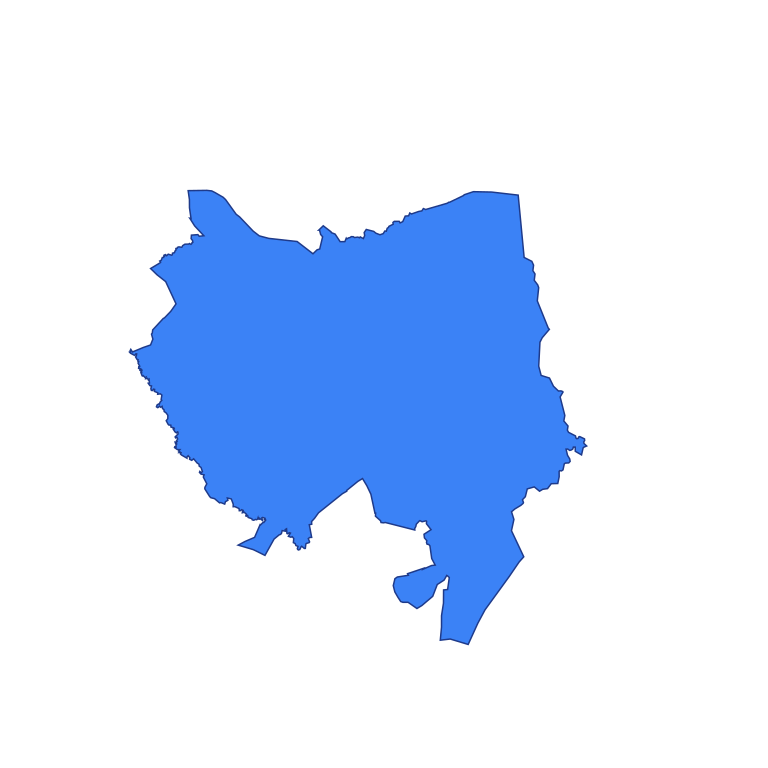 Pilskalnes pag., Ilukstes, Latvia, rotated 59°
{"feature_id": "27541924B27869774181069", "entity_name": "Pilskalnes pag.", "entity_type": "district", "adm_level": 2, "iso_a3": "LVA", "parent_name": "Latvia", "parent_adm1": "Ilukstes", "projection": "mercator", "projection_center": [26.24, 56.006], "detail": "fine", "context": "isolated", "style": "filled", "palette": "blue", "viewbox_px": 768, "rotation_deg": 59, "n_neighbors": 0, "source": "geoboundaries", "source_scale": "gbopen_adm2", "svg_char_len": 6170}
<svg xmlns="http://www.w3.org/2000/svg" viewBox="0 0 768 768"><g transform="rotate(59 384 384)"><path d="M223.9,583.2L224.8,584.6L225.8,584.8L225.6,585.7L227.1,585.4L230.8,583.2L230.9,581.3L230.4,581.0L230.8,580.5L232.5,582.0L232.8,583.0L235.9,583.0L236.5,582.3L237.5,583.2L239.0,582.5L238.4,583.2L239.6,584.1L243.0,584.2L243.3,584.6L242.9,585.3L244.2,586.3L245.3,585.2L246.1,585.9L246.5,585.1L246.1,584.6L246.8,584.3L247.6,584.5L247.4,585.8L248.5,585.4L249.2,585.7L248.7,586.2L248.9,586.5L252.4,587.1L252.9,586.7L252.8,586.1L255.6,585.4L255.6,584.5L256.7,585.6L257.4,583.8L259.1,583.9L258.9,582.9L262.3,584.5L261.9,585.7L264.8,585.5L265.9,584.3L268.0,586.3L269.7,586.7L270.4,585.7L269.7,584.2L270.5,583.4L272.1,584.6L275.0,582.4L276.2,583.3L277.3,580.7L279.1,580.1L282.5,583.0L283.5,582.9L284.1,585.0L285.5,587.0L285.1,587.1L285.0,589.1L286.3,590.8L287.6,590.3L287.8,589.7L287.4,587.9L288.9,587.4L288.9,585.7L291.1,586.5L292.5,585.8L294.4,586.6L296.3,585.7L299.5,585.4L302.4,587.2L303.3,589.6L307.4,589.8L308.3,589.6L309.5,587.9L311.2,588.8L313.4,586.7L314.3,586.8L314.1,587.9L317.5,587.8L319.0,587.1L318.6,585.7L319.1,585.4L320.8,586.3L321.8,590.3L322.9,590.4L323.2,588.9L324.9,589.2L325.9,591.2L326.7,591.0L326.7,592.3L326.2,593.0L327.6,593.3L327.8,592.3L328.8,592.7L329.1,593.7L330.9,594.7L330.0,595.6L330.6,596.3L333.8,594.9L335.1,592.8L335.7,594.6L336.9,594.0L337.2,595.1L338.4,593.4L339.3,594.5L340.7,594.1L346.1,591.1L345.1,590.5L344.6,588.8L347.2,588.4L348.4,589.4L350.4,588.1L350.1,585.7L355.4,584.9L357.5,583.9L359.2,584.7L361.3,583.8L365.6,584.8L365.8,586.5L364.1,586.9L364.7,587.7L366.9,587.3L369.2,585.0L370.7,586.8L378.3,587.3L380.3,590.7L381.6,591.6L390.7,591.4L392.3,591.0L395.0,588.3L401.2,586.2L401.6,584.9L404.9,582.4L403.2,580.5L403.3,577.7L401.0,577.0L403.9,574.1L409.3,575.1L411.5,576.5L412.3,575.0L416.1,572.4L418.1,573.3L418.7,572.0L418.4,570.8L419.8,569.8L420.4,570.0L420.3,570.8L421.4,571.8L421.7,571.1L421.3,570.1L424.7,569.0L425.9,570.4L426.4,570.1L426.1,569.0L426.4,568.6L428.4,569.2L431.4,566.7L432.6,566.9L433.7,565.8L433.9,563.9L434.8,563.0L434.7,562.0L433.8,560.9L435.0,561.3L435.6,560.6L434.8,560.0L438.2,558.5L435.8,557.6L435.9,556.7L437.8,555.2L438.5,556.4L439.1,555.4L439.7,555.5L440.8,558.4L440.3,558.9L441.2,562.4L440.7,562.6L448.8,573.9L447.4,584.2L447.0,592.0L458.6,581.4L469.6,574.3L460.3,558.1L459.3,551.5L459.6,550.4L459.4,549.0L457.2,546.8L459.5,544.2L457.9,543.7L457.9,542.1L462.2,544.2L462.8,543.6L462.7,541.7L463.6,541.0L465.3,544.4L467.4,542.7L467.6,541.3L469.9,540.9L473.3,543.4L475.0,542.3L477.1,542.7L478.9,541.3L480.5,543.1L481.4,543.2L482.2,542.8L482.5,541.4L480.7,538.7L480.7,538.1L483.9,537.0L484.4,536.1L480.9,533.4L480.7,532.6L481.4,529.8L481.0,529.1L477.5,528.5L477.3,526.7L478.2,525.0L466.1,520.5L467.0,518.2L464.6,516.9L463.4,512.8L460.7,506.5L456.6,476.1L456.7,471.1L456.0,470.7L454.0,456.4L454.0,451.1L462.4,451.1L471.7,452.0L490.1,458.3L490.4,457.7L492.9,459.4L499.4,457.4L501.2,457.9L502.7,456.0L503.4,454.2L525.0,432.8L523.7,432.1L522.6,430.2L520.8,428.5L519.6,424.2L519.6,423.6L521.7,422.3L522.9,418.5L523.6,418.2L525.6,419.6L533.1,418.7L533.4,427.1L536.7,428.6L540.4,428.0L541.7,429.2L543.5,429.6L544.6,428.3L546.4,428.0L558.2,433.0L565.6,433.4L564.1,436.7L562.9,445.8L562.4,444.8L558.7,461.5L560.5,461.6L556.3,472.0L556.5,474.9L561.6,479.9L567.8,481.8L574.3,481.9L579.1,481.7L580.8,480.3L583.5,475.8L593.4,471.4L593.4,465.7L591.1,451.6L583.3,441.6L583.0,433.4L580.4,428.8L581.1,428.4L583.5,427.7L592.9,435.3L591.2,439.0L602.5,445.9L612.2,454.0L622.0,459.9L632.6,467.7L636.7,458.6L650.6,446.0L637.4,426.8L629.6,413.7L613.5,375.8L606.2,359.9L604.1,353.2L575.4,350.3L567.0,342.4L559.2,340.5L558.5,336.2L558.5,329.2L558.0,326.3L557.4,325.5L554.5,324.9L553.4,320.9L547.7,315.2L549.6,308.2L556.0,305.9L556.0,302.2L557.9,297.7L555.6,292.0L558.8,286.3L553.7,281.6L549.1,278.9L548.8,278.0L549.9,276.6L549.8,274.8L545.3,270.6L545.2,269.3L546.8,266.3L546.2,264.3L543.9,263.4L539.6,263.4L533.6,261.5L534.4,260.0L536.6,259.0L537.0,257.6L537.0,255.7L535.6,254.2L536.6,252.6L540.2,254.7L546.5,251.2L541.3,246.2L541.1,245.4L541.5,242.2L538.0,243.2L536.5,242.6L535.8,241.1L534.3,240.4L529.9,243.3L529.6,244.0L530.6,245.7L530.2,246.9L529.0,247.3L527.1,246.6L520.5,250.7L518.0,250.6L514.8,247.9L508.3,248.9L504.1,245.2L485.8,239.7L483.1,234.7L482.5,234.7L481.1,235.8L479.8,238.1L473.2,239.9L464.1,239.1L457.6,244.9L448.4,242.2L428.5,228.8L425.8,224.5L422.3,214.1L420.6,214.4L391.7,209.8L381.1,201.8L378.2,201.2L372.5,201.8L367.5,197.9L363.5,198.0L359.2,194.6L355.0,194.1L347.7,198.7L291.2,171.7L274.9,192.9L265.2,208.3L263.1,217.7L263.4,219.0L262.0,234.1L261.5,235.1L261.7,236.4L255.9,258.4L253.9,259.9L255.1,262.4L254.0,265.3L252.4,272.9L250.7,273.8L252.5,276.3L251.0,279.3L254.4,284.2L254.4,285.7L254.2,287.2L252.4,287.2L249.9,291.4L250.0,292.5L250.2,293.2L251.8,293.8L251.4,298.5L252.1,299.6L252.2,301.1L254.2,303.3L253.3,304.5L254.7,307.2L254.0,310.6L250.5,313.3L247.9,314.2L242.4,319.6L244.0,323.0L246.8,324.1L248.7,326.8L245.7,328.6L246.1,329.6L244.6,330.8L243.3,333.8L241.9,334.5L240.8,336.2L241.0,337.5L240.4,339.5L240.6,340.4L240.3,341.3L239.6,341.3L241.8,344.2L239.4,348.3L230.3,348.7L227.1,351.2L226.3,351.0L217.1,354.6L218.5,360.7L218.9,360.0L223.2,361.3L226.2,360.8L235.2,369.6L234.5,372.2L235.8,377.8L217.1,385.1L199.8,407.8L192.8,414.6L185.6,417.4L166.4,421.7L162.4,423.3L144.4,424.8L141.1,425.7L132.8,430.3L129.8,432.2L126.8,436.1L117.4,452.3L125.7,455.8L132.8,460.0L142.8,464.2L141.9,465.1L150.9,464.9L164.1,462.1L162.2,466.3L160.1,466.6L157.2,472.4L160.1,474.5L162.4,474.2L164.1,474.9L164.0,475.8L164.6,476.3L164.9,477.6L163.4,478.4L163.5,479.3L161.6,482.7L161.7,485.4L162.5,486.4L162.5,487.1L160.8,489.2L160.5,490.7L161.2,491.6L160.7,492.6L162.0,493.3L162.2,494.3L163.5,496.0L162.9,497.9L164.2,498.9L164.2,499.7L161.6,502.1L162.1,504.2L160.7,504.6L161.2,505.8L160.3,505.8L160.3,506.3L162.0,507.7L161.4,508.9L163.2,511.1L163.1,512.9L164.5,512.7L164.8,513.5L164.8,524.6L173.5,522.3L183.8,518.4L208.2,521.0L211.9,529.4L214.3,538.3L214.1,539.3L218.5,554.4L221.0,556.4L221.5,557.6L226.5,559.0L230.3,564.0L228.7,571.6L227.0,583.1L223.9,583.2Z" fill="#3b82f6" stroke="#1e3a8a" stroke-width="1.5"/></g></svg>